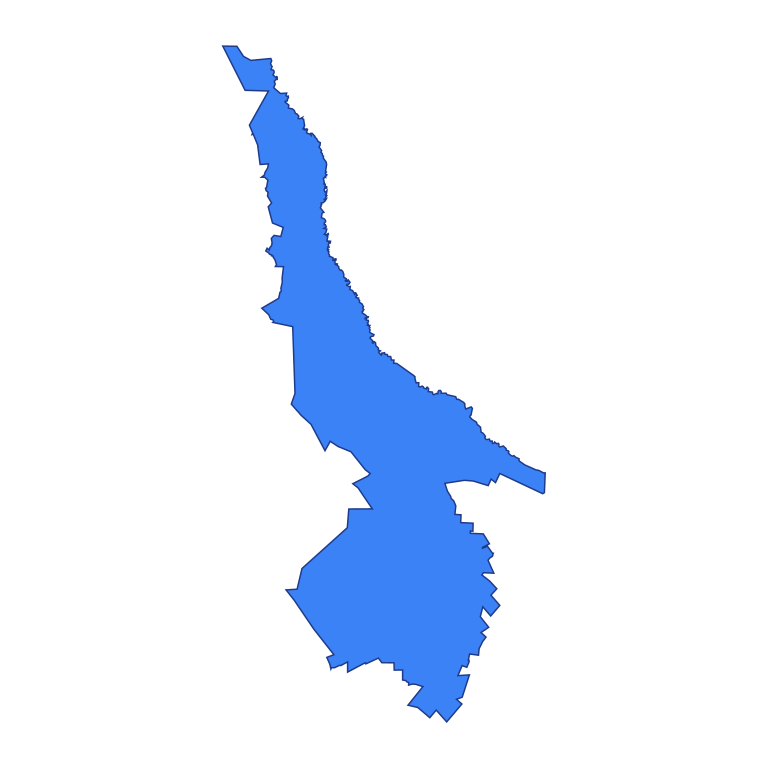 Ojinaga, Chihuahua, Mexico (Mercator projection)
{"feature_id": "50627088B59810365960374", "entity_name": "Ojinaga", "entity_type": "district", "adm_level": 2, "iso_a3": "MEX", "parent_name": "Mexico", "parent_adm1": "Chihuahua", "projection": "mercator", "projection_center": [-104.612, 29.546], "detail": "fine", "context": "isolated", "style": "filled", "palette": "blue", "viewbox_px": 768, "rotation_deg": 0, "n_neighbors": 0, "source": "geoboundaries", "source_scale": "gbopen_adm2", "svg_char_len": 6101}
<svg xmlns="http://www.w3.org/2000/svg" viewBox="0 0 768 768"><path d="M222.8,46.1L245.1,90.3L268.5,91.0L249.4,125.2L252.7,133.0L252.0,134.6L253.3,134.3L257.6,144.8L260.1,164.5L268.4,163.9L267.7,167.9L265.1,172.2L264.2,175.2L261.5,177.2L264.8,177.3L268.4,180.7L267.8,180.5L266.5,187.6L265.5,188.3L266.1,190.6L268.1,192.3L267.5,196.0L271.6,203.0L268.2,206.8L272.5,223.0L283.2,227.4L280.8,236.5L274.1,235.4L273.1,236.4L271.3,238.5L272.1,242.7L271.6,245.5L269.8,247.7L269.3,250.0L267.1,248.2L265.8,251.0L268.7,252.9L269.6,254.3L271.8,255.0L271.6,255.8L273.4,256.3L273.3,257.5L274.9,259.6L276.5,264.6L275.4,266.5L283.5,266.7L282.1,278.3L282.3,282.2L280.9,288.3L281.2,290.4L280.7,292.0L280.0,292.2L278.6,298.4L261.8,308.2L268.8,314.8L270.8,319.3L272.9,319.8L273.7,321.5L272.8,322.4L292.7,326.6L295.0,393.5L291.3,404.1L301.2,415.4L311.0,424.3L325.0,450.7L330.2,441.3L338.1,446.5L351.0,451.8L365.3,469.8L370.2,473.5L367.8,476.1L352.8,483.7L358.1,487.9L372.3,508.9L348.8,509.0L347.3,527.7L302.0,568.5L297.1,589.2L286.1,589.9L294.4,600.5L313.8,629.1L333.9,654.7L326.8,657.4L329.8,664.1L330.9,669.0L331.5,667.6L334.3,667.8L339.5,665.4L340.9,665.5L347.6,661.9L347.6,672.1L365.1,662.8L365.8,663.9L378.4,658.1L381.8,662.7L394.0,662.8L394.2,670.1L402.6,670.0L402.6,680.0L405.8,680.6L407.1,682.0L408.7,682.5L408.6,685.1L412.1,684.1L415.7,684.3L422.9,686.6L408.0,705.2L417.8,707.5L429.8,717.7L436.2,710.1L446.7,721.9L461.9,704.0L456.5,699.3L462.2,697.2L469.4,674.9L457.9,675.6L462.1,665.6L466.8,667.3L469.1,661.8L469.0,660.2L468.3,660.2L469.6,654.0L478.5,655.2L479.1,648.7L482.6,641.6L486.0,637.1L481.0,632.5L488.7,627.3L480.3,616.7L482.8,606.8L490.7,616.0L499.8,605.4L490.9,595.2L496.8,588.8L489.8,581.2L481.9,575.0L483.4,572.7L493.8,573.2L488.0,560.2L489.8,558.0L492.4,556.3L493.3,553.3L492.5,553.3L487.5,546.3L482.5,548.2L482.5,547.4L489.4,543.8L483.3,533.9L470.4,533.3L470.3,531.0L472.9,531.2L473.1,523.2L460.7,522.6L461.0,514.8L454.9,514.4L455.8,505.9L453.7,500.8L451.1,498.4L450.7,496.4L447.4,491.1L444.9,483.3L464.4,480.3L473.2,481.0L488.2,485.6L491.1,479.1L495.5,482.6L499.8,473.5L542.7,493.7L544.4,492.7L545.2,472.9L543.5,472.9L538.8,470.4L535.7,469.8L524.6,464.8L519.6,461.3L519.0,460.5L519.1,458.8L515.6,457.2L513.9,455.6L512.6,456.2L510.8,455.4L508.3,453.0L508.9,451.7L508.4,450.9L506.2,450.2L506.1,448.6L503.3,446.0L499.7,447.0L498.9,446.3L498.9,444.1L498.3,443.3L496.7,443.8L494.6,442.0L494.1,443.1L492.5,443.5L492.1,441.0L490.2,441.3L489.4,439.1L486.6,439.6L485.6,439.0L484.7,437.7L485.4,436.7L485.0,435.7L483.0,433.2L481.1,432.2L480.5,427.2L477.1,424.3L476.5,422.2L472.1,419.4L469.8,417.0L469.8,416.2L471.0,415.1L472.4,408.4L471.2,406.9L465.7,409.0L464.8,406.1L464.9,404.1L463.9,402.6L458.6,399.3L456.7,399.3L455.7,396.7L447.0,394.7L446.1,393.2L441.2,393.3L441.2,391.6L440.5,390.5L438.9,390.5L438.1,391.5L437.9,393.8L436.6,393.4L433.8,394.7L432.9,394.3L432.4,392.1L428.3,391.6L428.6,388.7L427.4,387.2L426.7,387.4L426.2,389.0L423.7,388.0L423.4,386.9L422.2,386.1L420.1,386.9L418.6,386.5L418.8,382.7L416.1,382.8L414.8,377.9L415.1,377.0L414.3,376.0L396.8,363.5L393.6,363.1L394.0,360.1L391.4,360.0L390.7,356.6L387.8,356.4L387.3,354.6L384.6,354.1L384.5,352.7L381.6,353.2L381.8,354.4L381.3,355.1L379.5,353.4L378.6,352.1L380.4,350.9L378.2,349.9L378.4,348.1L375.8,345.6L375.5,342.6L374.0,341.6L373.2,342.2L373.2,343.1L372.4,342.9L372.6,340.7L370.0,338.1L370.5,336.9L373.4,336.0L374.0,334.7L370.3,332.8L369.5,331.7L370.1,330.0L369.3,328.2L369.9,327.4L369.0,326.2L369.7,325.5L367.5,325.3L368.3,324.3L367.4,323.2L368.4,321.8L368.3,320.4L366.3,320.1L366.4,319.0L365.0,318.7L365.3,318.0L368.0,317.6L368.3,316.8L366.6,316.5L365.9,315.3L362.2,312.9L362.2,311.4L362.9,311.4L363.1,310.3L363.9,309.7L362.6,308.0L363.5,306.7L361.9,303.8L359.4,302.3L359.6,300.6L358.3,298.9L358.6,298.1L356.0,297.6L355.8,296.5L357.2,295.4L355.6,292.8L354.8,292.9L355.4,293.3L354.8,294.4L352.6,290.6L349.9,289.5L350.3,286.4L349.2,286.6L346.7,285.3L346.8,284.5L348.9,284.1L350.0,282.3L348.1,279.8L346.9,280.8L347.1,281.3L345.7,281.2L345.3,280.8L346.2,279.9L346.3,278.7L343.8,277.3L343.8,274.3L342.8,271.5L341.3,270.0L340.4,270.3L338.9,268.6L338.7,266.7L337.0,265.1L337.4,264.0L336.7,263.7L335.9,264.7L335.2,264.3L334.9,260.6L336.1,260.0L335.9,258.8L333.8,259.1L333.8,260.5L332.9,260.4L332.9,257.6L329.4,256.3L329.6,255.3L328.5,253.4L328.9,251.6L327.6,250.7L327.5,249.8L328.4,250.2L328.7,249.5L327.6,248.5L327.9,246.8L329.0,247.1L328.3,244.4L329.3,243.2L329.0,242.7L330.3,242.9L330.5,241.2L326.9,241.0L327.8,236.5L326.8,235.9L328.4,234.6L328.2,233.6L325.9,234.9L324.3,234.2L325.9,232.5L326.8,229.1L323.9,228.3L326.3,227.0L325.4,224.7L324.2,224.7L324.3,223.0L325.6,221.8L325.5,220.4L324.3,218.9L321.4,217.7L322.1,213.1L323.9,212.3L320.3,207.8L321.1,206.3L320.9,205.1L321.7,204.6L321.2,203.0L323.2,202.7L325.2,200.8L324.4,199.7L325.9,199.7L326.4,198.7L325.4,199.1L325.2,198.3L326.9,195.5L326.2,194.9L325.9,195.6L325.4,194.4L326.5,193.5L326.9,190.6L325.7,192.1L324.7,191.7L324.1,189.8L325.1,187.3L325.4,188.2L326.2,188.4L326.8,187.2L326.6,186.6L325.0,186.4L325.3,184.2L323.8,183.9L324.3,182.9L323.4,178.1L324.6,177.7L325.1,176.7L325.6,177.1L325.5,176.0L326.5,175.7L326.8,174.7L325.9,174.4L325.4,173.0L326.4,172.0L325.6,171.1L326.6,164.6L326.2,162.1L323.3,158.1L323.5,156.2L322.5,155.5L322.3,153.5L320.9,152.3L321.6,150.5L319.0,146.9L320.0,145.5L320.3,142.7L318.1,141.4L316.6,138.7L314.9,137.2L315.0,136.4L312.2,133.4L311.0,133.3L311.1,135.3L310.1,134.1L307.0,133.2L306.5,132.5L307.7,128.8L306.8,129.8L306.6,129.0L305.7,129.6L304.8,128.8L304.7,129.8L303.8,129.5L304.0,128.8L303.1,128.7L304.6,125.8L303.6,119.3L301.9,118.4L302.4,117.5L300.1,118.7L298.2,118.5L298.8,116.1L296.9,113.9L295.5,113.5L294.3,110.5L292.5,108.9L288.4,108.1L288.8,105.1L285.0,102.0L285.2,101.3L287.3,100.9L287.6,98.6L288.4,97.9L288.3,96.1L286.8,96.3L285.9,95.6L286.7,93.1L280.4,93.5L273.7,87.7L275.2,84.1L274.3,81.3L276.2,79.4L277.2,79.4L277.2,77.0L276.7,76.6L275.9,77.6L273.0,74.9L274.1,72.7L274.0,71.0L273.4,70.1L271.0,69.7L272.1,66.6L270.5,63.8L271.7,60.7L270.8,58.5L250.9,60.4L243.5,56.4L236.9,46.3L222.8,46.1Z" fill="#3b82f6" stroke="#1e3a8a" stroke-width="1.5"/></svg>